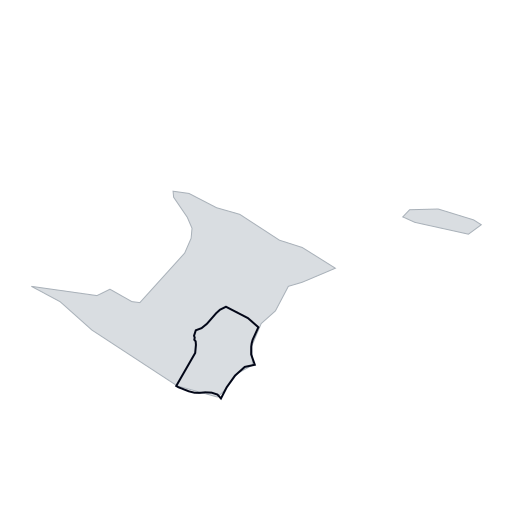 Rio Claro-Mayaro highlighted on a map of Trinidad and Tobago, rotated 35°
{"feature_id": "TTO-55", "entity_name": "Rio Claro-Mayaro", "entity_type": "Region", "adm_level": 1, "iso_a3": "TTO", "parent_name": "Trinidad and Tobago", "parent_adm1": "", "projection": "mercator", "projection_center": [-61.112, 10.272], "detail": "fine", "context": "in_parent", "style": "outline", "palette": "ink", "viewbox_px": 512, "rotation_deg": 35, "n_neighbors": 0, "source": "natural_earth", "source_scale": "10m", "svg_char_len": 1067}
<svg xmlns="http://www.w3.org/2000/svg" viewBox="0 0 512 512"><g transform="rotate(35 256 256)"><path d="M305.2,393.7L266.0,407.6L164.1,410.8L121.8,405.8L89.4,409.7L148.4,379.7L155.4,367.0L180.4,364.6L187.6,360.8L195.9,294.5L192.7,278.7L187.7,270.0L177.5,263.7L154.8,255.1L150.9,250.5L165.2,243.2L195.9,239.1L218.8,231.2L266.2,229.6L289.1,222.5L328.0,220.5L308.9,251.0L299.9,262.3L303.4,289.8L299.0,308.4L304.1,331.9L315.7,347.4L308.2,362.6L307.1,385.5L305.2,393.7ZM366.9,137.3L353.8,139.8L355.3,130.0L378.3,113.0L413.6,101.6L422.6,101.2L417.5,116.3L366.9,137.3Z" fill="#d9dde1" stroke="#a8b0b8" stroke-width="1"/><path d="M298.8,313.0L301.3,326.5L302.5,329.9L304.1,333.0L308.5,339.4L317.4,345.8L310.4,353.3L307.4,366.0L307.3,380.3L309.0,392.8L303.9,391.6L298.0,393.4L292.6,396.8L288.3,400.5L284.0,403.3L278.5,405.4L267.7,408.0L265.2,408.2L261.8,370.3L257.8,363.3L255.5,360.5L253.5,360.0L252.6,358.0L251.0,356.9L249.3,351.4L252.8,346.3L254.7,339.6L256.2,325.6L257.3,320.7L260.5,314.8L285.1,311.5L298.8,313.0Z" fill="none" stroke="#020617" stroke-width="2"/></g></svg>